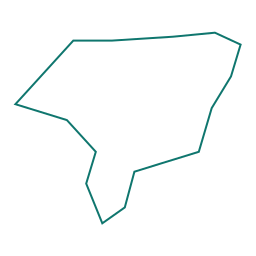 the state/province of Fgura
{"feature_id": "MLT-5959", "entity_name": "Fgura", "entity_type": "state/province", "adm_level": 1, "iso_a3": "MLT", "parent_name": "Malta", "parent_adm1": "", "projection": "albers", "projection_center": [14.52, 35.867], "detail": "fine", "context": "isolated", "style": "outline", "palette": "teal", "viewbox_px": 256, "rotation_deg": 0, "n_neighbors": 0, "source": "natural_earth", "source_scale": "10m", "svg_char_len": 320}
<svg xmlns="http://www.w3.org/2000/svg" viewBox="0 0 256 256"><path d="M198.8,151.8L160.2,163.7L134.4,171.7L124.8,207.4L102.3,223.3L86.2,183.6L95.8,151.8L66.9,120.1L15.4,104.2L73.3,40.6L111.9,40.6L173.1,36.7L214.9,32.7L240.6,44.6L231.0,76.4L211.7,108.1L198.8,151.8Z" fill="none" stroke="#0f766e" stroke-width="2"/></svg>